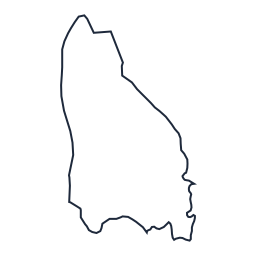 Daro, Sarawak, Malaysia (Natural Earth projection)
{"feature_id": "92858781B64296283519727", "entity_name": "Daro", "entity_type": "district", "adm_level": 2, "iso_a3": "MYS", "parent_name": "Malaysia", "parent_adm1": "Sarawak", "projection": "natural_earth1", "projection_center": [111.483, 2.563], "detail": "fine", "context": "isolated", "style": "outline", "palette": "slate", "viewbox_px": 256, "rotation_deg": 0, "n_neighbors": 0, "source": "geoboundaries", "source_scale": "gbopen_adm2", "svg_char_len": 1586}
<svg xmlns="http://www.w3.org/2000/svg" viewBox="0 0 256 256"><path d="M182.5,238.0L185.7,239.6L189.6,240.6L190.8,239.1L190.8,235.2L191.9,231.0L191.9,227.4L192.8,224.2L194.2,221.0L194.9,217.9L194.9,215.9L193.4,215.0L191.6,216.5L190.1,217.1L188.3,216.9L187.1,215.2L187.0,212.8L190.6,210.5L191.5,207.5L191.3,204.8L190.7,202.0L190.2,199.1L190.7,196.3L191.2,194.3L190.6,193.0L189.2,191.3L188.9,189.7L188.9,188.0L189.5,186.1L191.3,184.2L194.1,183.8L188.9,180.6L186.4,180.2L184.7,179.8L183.7,178.7L182.8,177.2L182.5,176.1L184.7,173.3L186.1,172.7L187.3,167.9L187.5,163.6L187.3,159.5L184.2,153.7L181.2,150.2L180.7,143.7L180.5,138.2L178.6,133.3L174.8,129.0L171.7,124.3L165.8,116.7L159.7,111.2L154.8,107.4L151.0,103.1L142.5,94.6L137.1,89.2L131.9,82.4L122.2,75.6L121.8,66.0L122.9,62.6L110.8,31.5L93.8,32.8L87.2,18.8L84.3,15.4L78.7,16.6L74.7,22.2L71.0,28.1L68.1,33.2L64.4,41.3L62.2,49.4L62.2,67.3L61.8,74.9L61.1,85.2L61.4,96.2L64.0,110.7L66.9,120.1L70.3,131.1L72.5,142.6L73.2,155.0L69.0,175.3L69.4,177.4L69.9,185.7L69.2,202.0L70.3,202.3L76.6,206.2L80.4,208.6L80.8,210.1L80.8,214.0L80.8,217.4L85.1,224.2L86.8,226.2L88.9,230.1L92.2,232.0L96.5,233.0L100.3,231.1L101.5,228.1L102.4,223.7L109.5,218.9L112.9,218.9L116.3,218.9L120.5,217.4L122.6,216.4L128.1,216.9L132.3,219.3L136.1,221.8L139.1,224.2L142.9,227.2L146.8,232.5L147.1,230.9L148.9,230.0L150.3,229.5L151.9,227.0L154.2,226.7L156.5,228.4L159.3,229.1L163.8,227.0L167.0,223.9L168.7,222.2L170.3,223.6L171.2,226.0L171.7,229.5L172.0,234.0L172.7,237.7L174.1,239.8L175.9,238.7L179.8,237.7L182.5,238.0Z" fill="none" stroke="#1e293b" stroke-width="2"/></svg>